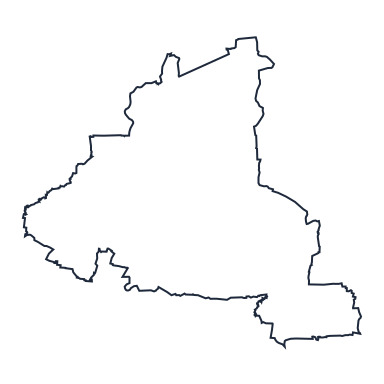 the district of Kota Tangerang, Banten, Indonesia
{"feature_id": "22746128B7613374511026", "entity_name": "Kota Tangerang", "entity_type": "district", "adm_level": 2, "iso_a3": "IDN", "parent_name": "Indonesia", "parent_adm1": "Banten", "projection": "robinson", "projection_center": [106.652, -6.177], "detail": "fine", "context": "isolated", "style": "outline", "palette": "slate", "viewbox_px": 384, "rotation_deg": 0, "n_neighbors": 0, "source": "geoboundaries", "source_scale": "gbopen_adm2", "svg_char_len": 5907}
<svg xmlns="http://www.w3.org/2000/svg" viewBox="0 0 384 384"><path d="M255.8,37.3L238.2,39.0L237.8,39.6L236.1,40.2L235.7,47.1L234.4,48.1L231.1,48.5L230.8,49.0L226.5,48.6L226.6,49.6L227.7,49.8L228.9,54.1L179.1,76.6L178.7,76.0L178.9,73.0L177.7,63.0L179.3,59.1L179.1,58.1L175.8,56.8L174.0,55.1L170.3,55.9L170.9,54.9L170.5,54.8L170.9,53.6L169.2,54.3L167.6,54.1L166.5,57.8L162.4,66.7L162.0,70.9L162.1,73.6L160.0,76.5L161.2,80.0L161.0,80.8L161.6,81.9L161.3,82.2L160.0,83.3L158.8,83.5L158.5,84.1L158.0,83.5L157.4,83.9L157.2,83.2L156.3,83.1L155.9,81.3L151.6,83.1L145.8,83.1L141.5,87.0L139.9,87.4L137.6,87.0L136.5,87.5L133.4,91.8L130.4,93.4L130.0,96.3L130.6,102.0L130.3,104.3L129.1,107.0L127.9,108.2L125.7,109.4L124.8,111.3L125.0,113.2L126.0,114.9L129.1,118.6L131.9,120.1L133.1,121.7L133.2,123.3L130.5,128.2L129.9,130.0L129.3,132.4L129.1,135.6L124.6,135.7L124.4,136.1L123.6,135.6L121.3,135.6L121.0,135.2L103.2,135.7L93.4,135.5L93.4,136.8L91.4,137.0L90.7,136.2L89.7,136.5L91.0,146.1L91.0,150.5L91.6,151.4L91.7,152.2L91.3,152.7L91.5,155.4L90.9,155.3L90.7,156.4L92.2,156.7L87.5,160.5L84.6,163.7L82.9,164.3L82.0,163.8L78.1,164.0L77.4,165.6L76.6,166.0L76.4,167.0L76.4,173.0L75.3,173.5L73.1,173.1L72.0,176.5L70.4,178.0L70.6,178.9L69.6,179.1L69.9,180.7L70.8,182.2L70.6,183.0L66.6,183.9L66.0,185.0L65.3,185.1L64.0,186.6L62.2,186.2L61.2,186.4L60.5,185.9L59.8,187.6L58.6,187.8L58.6,188.4L53.2,189.1L52.2,188.6L51.3,190.2L49.6,191.1L48.5,192.6L47.8,192.9L47.3,192.4L46.9,195.0L45.8,194.8L46.0,198.0L45.3,198.3L45.2,197.5L43.9,197.3L42.0,198.2L40.6,199.9L39.9,199.8L39.8,198.8L39.5,198.8L38.7,199.5L39.3,201.6L38.6,201.3L37.9,202.3L35.6,203.0L34.0,204.3L30.9,205.1L30.6,205.6L29.1,206.1L28.4,207.2L27.8,207.2L27.7,205.6L27.2,205.6L26.1,206.5L25.8,208.4L25.1,207.8L25.0,208.9L25.6,209.8L24.7,210.4L24.7,211.1L25.6,212.3L25.0,213.1L26.3,214.3L25.5,214.7L25.2,214.3L23.8,214.2L23.4,216.0L23.0,217.9L25.0,218.1L23.9,227.3L26.3,227.7L26.1,231.4L27.1,232.0L27.3,232.8L26.3,233.9L25.3,234.2L25.0,236.3L26.9,235.0L29.8,234.7L31.2,235.3L34.3,237.9L34.4,240.2L37.7,241.8L44.4,246.0L46.5,246.0L50.0,247.5L53.3,249.5L49.0,253.5L46.1,259.2L49.3,260.8L54.5,262.2L54.4,263.0L55.8,263.1L55.9,261.2L57.3,261.2L57.1,264.8L60.6,265.2L60.3,267.5L65.2,267.8L65.6,267.9L65.6,268.2L72.5,269.1L73.3,272.3L76.7,276.5L77.4,276.7L76.9,277.6L79.3,278.2L80.1,278.8L84.2,279.1L84.3,280.2L85.7,280.3L85.7,281.0L91.9,281.5L91.8,279.5L90.2,279.4L91.3,277.4L93.8,275.0L94.0,272.8L94.9,273.3L95.3,272.5L97.3,265.7L95.5,263.7L97.2,258.5L97.0,253.5L98.7,251.6L98.9,248.7L99.5,248.8L99.9,250.6L101.1,252.1L101.9,251.5L106.1,251.7L106.6,250.8L106.8,251.0L107.5,248.6L108.4,248.6L111.8,250.8L111.4,251.4L114.3,253.7L111.7,258.0L110.3,263.5L112.8,264.1L112.8,265.1L113.7,265.4L118.8,266.1L123.0,267.2L124.2,267.1L126.7,268.1L127.1,267.7L127.8,268.1L122.5,276.9L129.0,276.8L129.5,277.6L129.5,283.1L126.6,284.4L124.7,286.6L125.0,288.3L125.9,289.9L126.7,290.4L128.2,290.5L130.0,289.7L130.7,288.3L133.9,286.2L136.8,285.8L139.3,290.8L150.9,290.3L154.0,291.4L156.0,290.6L156.4,289.8L157.8,288.9L158.5,287.0L167.2,292.1L171.5,295.2L175.5,293.9L176.2,295.2L179.2,295.1L180.3,295.9L184.6,293.6L185.6,294.5L192.9,294.8L193.1,294.4L194.1,295.0L198.0,295.2L205.7,298.3L208.6,297.5L210.4,298.8L216.1,298.7L227.1,299.8L230.7,297.7L242.0,297.3L243.8,298.0L246.3,297.9L246.5,296.5L248.9,296.3L250.9,297.6L253.3,296.6L257.0,297.1L258.4,295.7L259.5,296.0L260.2,295.2L266.4,294.5L266.1,296.0L266.6,296.3L267.7,295.9L266.8,296.7L266.6,298.0L265.0,297.5L264.5,298.9L262.5,298.0L262.6,298.9L263.2,299.7L263.0,300.0L262.0,299.9L261.5,302.0L261.2,301.4L260.7,301.4L260.0,302.4L260.2,300.6L258.5,301.4L258.1,302.5L257.0,303.3L257.3,304.5L258.0,304.4L258.2,304.9L258.3,305.3L257.9,305.3L258.3,306.5L257.2,307.2L256.8,308.3L254.9,309.7L255.4,310.4L254.5,312.1L255.0,312.3L255.8,313.7L254.9,313.8L254.5,314.9L255.2,315.3L255.5,316.2L256.3,315.6L259.2,315.8L261.4,320.7L261.7,322.9L263.2,322.1L265.9,323.3L272.5,323.5L272.7,323.9L272.0,329.8L270.6,337.8L274.7,338.1L275.2,339.5L276.8,341.7L278.9,343.0L282.5,344.3L284.7,346.7L284.3,344.2L284.8,341.0L285.9,340.2L290.5,338.8L295.6,338.5L312.7,338.9L312.3,336.7L313.3,336.5L315.4,337.3L316.3,339.6L317.9,340.1L318.2,339.4L318.1,336.9L318.9,336.7L319.9,336.8L319.9,337.4L322.9,337.5L324.7,337.1L326.4,337.2L326.5,336.3L329.7,335.9L340.3,335.6L342.2,336.0L345.5,335.1L348.3,335.1L349.8,334.6L352.5,335.0L353.0,332.4L360.2,333.8L359.9,333.0L358.7,332.1L357.7,328.1L358.5,320.5L359.2,319.1L360.5,317.9L361.0,316.5L359.2,312.3L358.2,308.1L353.1,308.3L353.0,307.8L354.2,302.6L353.8,299.7L355.3,298.8L355.5,297.1L352.9,296.6L353.7,293.6L351.7,293.0L351.7,290.8L350.9,290.2L348.7,291.3L346.8,291.1L346.8,288.1L345.7,288.1L345.6,286.5L342.4,286.6L341.6,283.3L338.6,283.9L332.8,283.8L324.0,284.7L308.9,284.4L309.0,280.5L308.4,278.1L308.5,276.3L309.4,272.2L308.8,271.9L310.5,265.7L311.7,265.0L311.3,264.6L311.9,262.3L312.2,256.0L318.3,253.1L318.5,252.1L319.5,252.1L319.7,246.6L319.1,246.3L317.8,237.4L317.8,235.7L318.7,234.0L318.0,233.4L318.4,232.5L317.6,231.9L318.7,230.0L318.5,229.6L319.8,225.6L318.9,221.0L317.3,221.4L315.6,220.5L313.2,220.9L307.9,223.8L306.7,224.0L306.0,221.6L305.7,218.2L306.2,216.3L306.7,216.0L307.3,214.4L306.9,211.5L303.3,209.2L295.0,201.9L286.1,196.6L278.1,192.8L272.6,191.1L273.0,189.3L268.8,188.2L267.8,186.7L266.6,186.1L263.9,186.3L259.6,185.1L258.5,183.1L258.5,177.2L259.6,172.5L258.8,169.7L259.1,168.5L258.9,166.1L259.2,162.9L260.1,161.4L260.5,159.6L257.3,159.5L257.0,148.6L256.1,148.1L256.6,146.4L256.2,135.6L255.4,135.2L255.2,134.4L254.0,126.6L255.9,125.9L257.7,123.9L262.7,116.2L263.5,113.9L262.7,110.7L262.9,107.9L259.5,106.1L257.9,102.5L256.1,100.9L255.5,98.5L257.2,90.1L260.0,84.0L259.9,80.1L259.0,78.4L258.9,70.6L267.9,68.0L271.5,67.9L272.4,67.2L274.0,64.0L269.9,59.5L266.9,56.9L265.1,56.3L262.1,56.3L258.7,55.2L257.9,53.8L258.6,51.8L257.3,50.4L257.1,42.2L255.8,37.3Z" fill="none" stroke="#1e293b" stroke-width="2"/></svg>